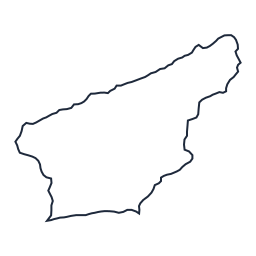 Lambari, Minas Gerais, Brazil (Albers equal-area conic projection)
{"feature_id": "56859067B8762583410753", "entity_name": "Lambari", "entity_type": "district", "adm_level": 2, "iso_a3": "BRA", "parent_name": "Brazil", "parent_adm1": "Minas Gerais", "projection": "albers", "projection_center": [-45.372, -21.995], "detail": "fine", "context": "isolated", "style": "outline", "palette": "slate", "viewbox_px": 256, "rotation_deg": 0, "n_neighbors": 0, "source": "geoboundaries", "source_scale": "gbopen_adm2", "svg_char_len": 2082}
<svg xmlns="http://www.w3.org/2000/svg" viewBox="0 0 256 256"><path d="M160.1,69.0L155.6,72.0L150.9,73.3L148.1,75.2L145.1,77.0L140.9,78.5L135.9,80.4L131.6,82.0L127.7,82.9L124.6,84.1L120.9,85.6L116.6,85.6L114.6,88.7L110.2,90.9L107.9,93.1L104.4,92.6L100.4,92.7L94.8,93.6L90.9,93.7L88.6,96.0L86.6,99.0L84.1,101.5L81.4,103.1L78.1,104.2L74.0,104.4L71.3,107.9L66.9,109.1L62.9,109.4L59.3,110.0L56.5,112.8L52.3,114.0L49.0,115.8L46.2,117.4L43.1,118.5L39.6,120.5L36.1,122.5L32.9,123.9L29.7,123.7L26.3,122.9L22.7,126.0L21.6,131.1L19.9,135.8L17.5,138.7L15.4,141.7L17.2,145.4L18.2,149.1L19.8,152.7L24.2,154.2L28.3,155.3L32.4,156.6L35.5,158.1L38.3,160.8L40.0,164.4L40.5,168.2L41.6,171.6L43.5,175.0L46.4,177.3L51.1,178.5L51.5,183.0L49.8,187.2L48.3,190.6L49.7,193.4L51.6,197.1L52.8,201.0L51.4,205.4L51.4,210.2L51.1,215.4L47.0,220.8L51.1,220.1L54.0,219.1L57.1,218.4L60.1,217.6L63.9,217.4L66.7,216.9L71.0,215.9L76.4,215.1L81.9,215.1L85.8,215.1L88.8,214.1L91.7,213.3L94.7,212.8L98.1,212.0L101.0,211.5L104.8,211.1L109.4,211.2L114.1,211.6L118.8,212.8L123.3,211.9L127.2,209.9L131.7,209.9L136.1,211.5L139.1,213.5L139.4,209.8L139.0,206.1L140.3,203.3L143.3,199.9L147.9,196.5L151.5,192.6L153.5,189.0L154.8,185.1L158.8,183.3L161.0,181.1L161.0,177.6L163.8,175.9L167.0,174.7L171.0,173.9L174.1,172.6L176.9,171.4L179.8,169.8L182.3,167.0L185.6,164.2L190.2,161.7L192.4,158.6L192.4,155.1L189.0,151.4L184.6,149.7L184.0,144.6L184.5,139.5L187.0,135.8L187.0,131.6L187.5,125.7L187.9,120.5L192.5,119.0L196.4,117.5L198.2,114.3L198.7,108.1L199.3,102.4L202.1,99.7L205.9,97.7L210.2,96.2L212.7,94.7L215.7,93.6L219.4,92.1L223.0,92.8L226.1,91.3L226.1,88.2L227.3,84.3L230.0,79.9L233.7,77.0L235.9,74.2L238.1,71.6L237.0,67.6L238.1,64.8L240.6,62.7L238.9,59.4L236.7,55.3L235.5,51.5L238.0,48.8L237.7,44.6L236.0,39.9L234.1,37.2L231.2,35.2L228.0,35.2L224.4,35.4L220.9,37.2L218.2,38.6L216.1,40.9L212.9,43.7L209.8,46.0L206.8,47.6L202.9,48.1L198.7,44.9L195.5,46.9L193.5,49.9L191.9,52.6L188.1,54.9L184.6,55.8L182.2,57.5L178.1,58.7L174.2,61.1L171.9,64.1L168.3,65.3L164.6,68.3L160.1,69.0Z" fill="none" stroke="#1e293b" stroke-width="2"/></svg>